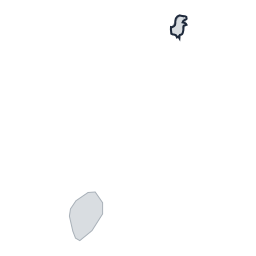 São Tomé and Principe, with Príncipe highlighted
{"feature_id": "STP-4862", "entity_name": "Príncipe", "entity_type": "state/province", "adm_level": 1, "iso_a3": "STP", "parent_name": "São Tomé and Principe", "parent_adm1": "", "projection": "natural_earth1", "projection_center": [7.405, 1.615], "detail": "fine", "context": "in_parent", "style": "outline", "palette": "slate", "viewbox_px": 256, "rotation_deg": 0, "n_neighbors": 0, "source": "natural_earth", "source_scale": "10m", "svg_char_len": 896}
<svg xmlns="http://www.w3.org/2000/svg" viewBox="0 0 256 256"><path d="M92.0,230.6L79.8,240.6L75.5,238.1L72.8,231.1L69.4,216.1L70.5,208.9L76.0,200.7L88.0,192.5L95.2,192.0L102.6,202.7L102.6,213.9L92.0,230.6ZM182.0,33.4L177.6,36.9L172.4,33.9L171.0,28.5L177.8,18.0L180.9,15.4L183.6,17.6L185.2,20.5L185.4,24.7L182.0,33.4Z" fill="#d9dde1" stroke="#a8b0b8" stroke-width="1"/><path d="M186.6,18.8L186.0,19.4L184.6,20.0L183.3,20.9L182.6,22.4L184.3,22.8L185.9,23.7L186.5,24.8L185.4,25.2L183.7,25.7L183.3,26.9L183.4,30.0L182.8,32.7L182.2,34.0L181.4,34.6L179.9,34.9L179.5,35.7L179.5,36.9L179.4,38.3L179.1,37.8L178.7,36.8L178.5,36.4L177.7,36.8L177.0,37.4L175.9,35.2L174.3,34.6L172.6,34.4L171.3,33.7L170.9,29.5L171.0,27.0L172.1,27.2L174.0,26.2L175.0,25.0L175.3,23.3L175.3,21.0L175.9,18.4L177.5,16.4L179.6,15.4L181.7,15.9L185.0,16.3L186.3,16.9L186.6,18.8Z" fill="none" stroke="#1e293b" stroke-width="2"/></svg>